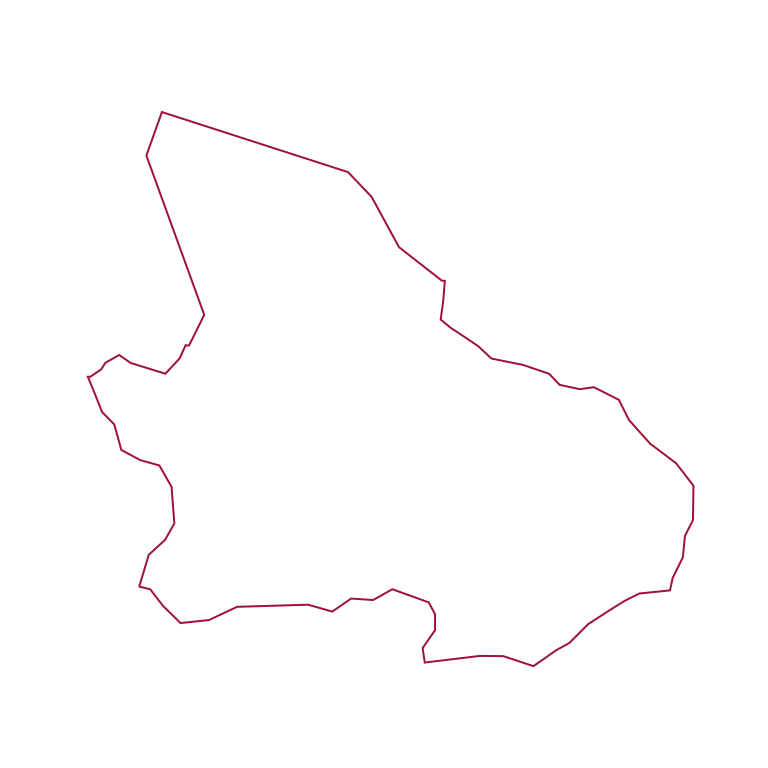 outline of Motala, Östergötland, Sweden, rotated 82°
{"feature_id": "70781695B67213820771723", "entity_name": "Motala", "entity_type": "district", "adm_level": 2, "iso_a3": "SWE", "parent_name": "Sweden", "parent_adm1": "Östergötland", "projection": "albers", "projection_center": [15.209, 58.662], "detail": "fine", "context": "isolated", "style": "outline", "palette": "rose", "viewbox_px": 768, "rotation_deg": 82, "n_neighbors": 0, "source": "geoboundaries", "source_scale": "gbopen_adm2", "svg_char_len": 1097}
<svg xmlns="http://www.w3.org/2000/svg" viewBox="0 0 768 768"><g transform="rotate(82 384 384)"><path d="M335.6,676.3L349.8,672.6L372.7,667.0L386.5,656.7L412.8,653.3L425.4,636.1L433.4,617.8L456.3,608.7L492.9,611.0L507.8,622.4L520.4,640.7L550.1,654.4L550.6,654.4L554.7,644.1L573.0,633.7L592.4,618.8L593.4,590.2L584.2,560.5L592.0,489.8L602.2,466.9L591.9,446.4L596.4,424.8L588.4,404.3L606.5,370.1L619.0,365.5L634.9,367.7L650.9,382.5L665.5,382.4L666.6,326.8L670.1,303.7L684.2,275.3L671.6,250.5L666.2,236.4L650.2,215.2L639.5,192.2L632.4,176.3L627.0,160.4L628.2,129.5L616.2,125.1L597.3,112.2L576.3,107.1L562.9,97.8L561.8,97.0L527.8,91.7L503.1,105.8L480.1,128.8L453.6,146.5L432.4,153.6L416.4,176.6L416.4,190.7L409.3,210.2L396.9,219.0L384.4,243.8L373.8,274.0L359.5,285.6L347.1,299.4L337.6,310.2L328.1,318.9L310.0,313.8L290.3,309.4L289.7,312.4L250.6,350.1L197.0,370.2L169.2,390.1L83.8,566.1L124.7,587.5L290.5,552.4L318.6,571.6L318.6,573.4L317.9,575.0L330.3,582.9L343.4,599.1L327.9,632.0L318.4,642.2L324.2,656.9L330.1,662.0L335.9,673.7L335.6,676.3Z" fill="none" stroke="#9f1239" stroke-width="2"/></g></svg>